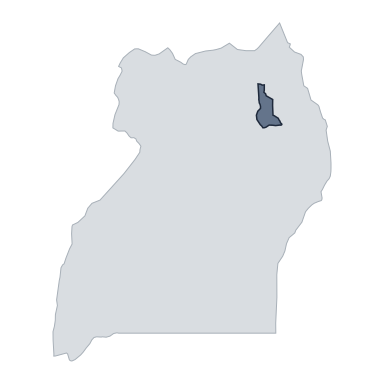 Abim on a map of Uganda (Natural Earth projection)
{"feature_id": "UGA-3126", "entity_name": "Abim", "entity_type": "County", "adm_level": 1, "iso_a3": "UGA", "parent_name": "Uganda", "parent_adm1": "", "projection": "natural_earth1", "projection_center": [33.73, 2.826], "detail": "fine", "context": "in_parent", "style": "filled", "palette": "slate", "viewbox_px": 384, "rotation_deg": 0, "n_neighbors": 0, "source": "natural_earth", "source_scale": "10m", "svg_char_len": 2716}
<svg xmlns="http://www.w3.org/2000/svg" viewBox="0 0 384 384"><path d="M275.8,333.2L270.2,333.2L261.1,333.2L252.0,333.2L242.9,333.2L233.7,333.2L224.6,333.2L215.5,333.2L206.4,333.2L197.2,333.2L188.1,333.2L179.0,333.2L169.9,333.2L160.7,333.2L151.6,333.2L142.5,333.2L133.4,333.2L124.2,333.2L118.8,333.2L117.8,333.0L117.0,332.8L113.6,333.5L110.0,336.1L106.2,337.2L102.2,336.8L101.7,337.0L99.6,337.0L96.6,336.8L94.0,337.5L91.9,339.8L89.8,343.7L86.1,348.1L83.2,352.1L80.7,354.9L75.0,359.6L71.9,361.0L70.4,360.7L69.4,359.9L67.6,353.9L66.5,353.0L55.4,356.0L53.8,356.1L53.9,354.2L53.1,340.3L53.0,331.7L54.4,326.4L55.3,320.2L55.4,314.7L57.4,305.5L56.6,299.9L59.3,280.4L60.0,277.2L61.0,267.8L62.6,264.9L64.1,263.8L66.0,258.0L69.6,248.8L72.1,244.0L71.6,233.7L72.0,226.6L72.5,225.0L77.9,222.4L84.9,215.9L87.8,208.2L92.0,203.3L100.0,200.1L123.9,173.7L135.0,159.5L139.8,152.3L140.0,149.6L140.9,146.2L139.0,143.5L136.7,141.1L135.9,138.9L133.9,137.7L131.1,137.8L129.2,136.2L127.0,133.0L124.9,131.0L118.1,131.1L112.9,127.9L113.0,123.4L115.0,114.6L119.0,104.6L119.2,101.8L118.6,99.5L117.7,97.4L115.9,95.4L114.2,93.0L115.5,85.8L118.0,78.7L120.1,75.2L122.1,71.2L121.5,68.0L118.6,66.4L120.1,63.2L123.3,57.9L129.4,52.5L134.7,48.9L138.3,48.8L145.2,51.7L151.5,55.1L155.0,55.3L159.2,53.9L167.8,47.8L169.9,49.8L172.5,53.4L175.2,59.4L180.7,62.2L183.3,64.1L185.2,64.6L186.2,64.2L188.3,59.4L190.8,56.8L195.4,53.6L205.6,51.0L212.9,50.2L216.0,49.6L221.2,48.1L229.4,43.2L237.4,49.5L246.1,50.7L254.6,50.7L257.2,48.8L258.7,47.3L267.5,37.0L279.6,23.0L287.6,42.7L290.3,43.9L289.9,45.6L289.3,47.2L294.5,52.0L301.0,54.4L303.3,56.9L303.5,59.5L301.3,71.0L301.7,74.3L303.8,85.8L307.6,88.4L311.0,100.0L317.9,104.9L318.9,106.3L320.5,111.9L322.6,118.1L324.2,119.5L325.3,119.9L327.3,126.4L326.1,130.1L327.7,141.2L330.3,151.2L331.0,163.1L331.0,168.3L330.9,171.6L330.3,176.1L329.1,178.7L326.9,181.2L324.5,185.2L322.4,189.5L321.0,191.7L322.1,198.1L321.8,199.8L321.2,200.6L318.1,201.6L314.1,203.3L311.7,205.0L308.3,208.3L305.5,211.8L301.9,222.2L295.8,230.2L294.8,232.9L289.1,237.7L286.5,243.7L284.9,251.0L282.7,256.2L277.9,263.4L276.8,274.7L276.9,297.3L275.7,323.1L275.8,333.2Z" fill="#d9dde1" stroke="#a8b0b8" stroke-width="1"/><path d="M258.2,87.1L258.0,83.9L260.7,84.2L262.2,85.1L264.3,84.9L264.3,90.3L263.9,92.3L265.6,93.8L266.2,95.8L272.7,99.5L272.6,105.5L273.0,115.2L274.2,115.7L278.3,118.3L278.8,119.6L279.9,121.1L280.5,122.8L281.7,123.9L281.8,124.6L281.1,125.1L279.5,125.1L275.7,125.6L272.4,125.2L269.1,125.1L266.0,127.2L264.5,127.7L262.9,127.8L261.8,126.1L260.3,124.7L256.9,119.5L256.4,115.2L257.8,111.2L260.5,108.4L260.5,106.3L260.1,104.5L259.3,103.0L259.1,101.2L258.8,99.6L258.9,97.9L258.2,87.1Z" fill="#64748b" stroke="#1e293b" stroke-width="1.5"/></svg>